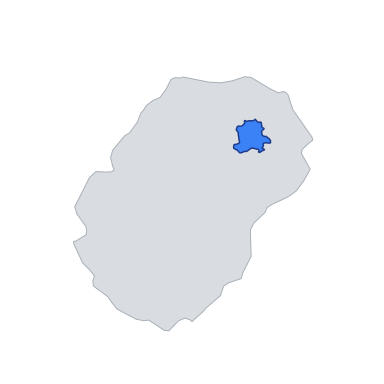 North Macedonia, with Radoviš highlighted, rotated 321°
{"feature_id": "MKD-2905", "entity_name": "Radoviš", "entity_type": "Statistical Region", "adm_level": 1, "iso_a3": "MKD", "parent_name": "North Macedonia", "parent_adm1": "", "projection": "natural_earth1", "projection_center": [22.489, 41.639], "detail": "fine", "context": "in_parent", "style": "filled", "palette": "blue", "viewbox_px": 384, "rotation_deg": 321, "n_neighbors": 0, "source": "natural_earth", "source_scale": "10m", "svg_char_len": 2818}
<svg xmlns="http://www.w3.org/2000/svg" viewBox="0 0 384 384"><g transform="rotate(321 192 192)"><path d="M174.9,106.0L180.8,106.7L193.6,103.3L201.6,98.6L205.6,97.9L211.1,96.1L218.8,96.3L226.7,98.4L236.7,95.7L246.6,91.3L250.5,92.4L254.8,96.1L257.6,97.2L274.0,117.0L282.9,125.1L293.5,131.1L305.5,135.6L309.9,139.9L317.6,161.0L321.3,169.1L326.4,171.5L327.6,173.8L327.8,176.8L322.1,191.7L319.8,225.0L318.4,227.7L312.4,227.6L304.3,228.3L301.3,230.8L298.1,248.8L285.2,253.9L273.5,256.8L263.6,256.2L246.2,251.9L240.6,251.4L235.7,253.9L220.2,255.1L213.4,258.3L197.4,279.3L181.2,286.5L175.7,290.2L163.3,285.6L157.4,285.1L148.8,290.4L130.0,291.0L124.9,291.9L110.5,292.7L109.9,289.8L107.2,285.6L100.5,283.6L86.7,285.3L83.4,282.2L77.8,264.4L73.4,261.6L68.5,255.6L60.2,236.2L60.1,227.7L60.7,220.3L56.2,203.0L59.1,198.6L63.4,195.8L63.5,188.8L62.4,178.2L67.6,157.4L69.0,155.9L70.3,156.9L82.6,158.6L85.8,155.9L87.9,151.8L88.7,136.6L91.6,129.6L121.6,116.2L130.3,115.7L137.0,121.8L142.3,125.8L145.6,125.6L146.7,121.7L150.4,114.1L156.5,109.7L174.7,106.0L174.9,106.0Z" fill="#d9dde1" stroke="#a8b0b8" stroke-width="1"/><path d="M263.6,177.4L264.0,176.6L264.8,175.8L265.3,174.7L265.5,173.4L265.5,171.6L266.5,170.8L267.8,170.0L268.4,169.7L268.5,169.7L269.5,170.0L270.2,170.5L270.9,171.3L271.4,171.7L272.3,172.1L273.5,172.0L274.7,172.0L276.1,171.7L276.7,171.2L276.9,170.5L277.2,169.9L277.6,169.8L278.0,169.8L278.4,170.1L278.6,170.8L279.0,171.5L279.6,171.9L280.5,172.2L281.3,172.6L282.1,173.3L282.7,173.9L283.9,174.8L285.2,175.3L286.1,175.3L286.9,175.5L287.0,175.5L286.9,176.5L287.0,177.8L287.4,179.6L288.2,180.2L289.0,180.6L289.5,181.2L289.4,181.9L288.9,182.6L288.0,184.2L287.3,185.0L287.3,185.9L287.5,187.0L287.9,187.9L287.6,188.2L286.4,188.4L285.1,188.4L284.4,188.6L284.0,188.9L283.2,190.4L282.7,191.2L282.4,192.1L282.4,192.9L283.0,193.8L283.9,195.1L284.7,195.5L284.9,196.4L284.9,197.4L285.3,198.1L285.5,199.0L285.5,200.0L285.4,201.3L284.8,202.2L284.3,202.8L283.9,203.1L283.3,203.0L282.2,202.0L281.3,201.1L280.2,200.1L278.5,199.2L277.9,199.2L277.4,199.4L276.9,200.7L275.9,201.4L275.1,201.6L274.5,201.6L274.1,201.9L274.1,202.4L274.4,202.7L274.6,203.3L274.9,203.9L274.9,204.6L274.5,204.8L273.9,204.6L271.9,204.0L270.5,204.0L269.5,203.8L269.0,203.3L269.0,202.6L269.6,202.4L270.1,202.0L270.3,201.4L270.3,200.6L269.9,200.0L268.9,199.0L267.9,197.4L266.5,195.9L265.6,195.2L264.0,195.1L262.0,195.0L260.7,194.9L259.9,194.8L259.0,194.1L258.1,193.3L257.2,193.1L256.5,193.1L255.4,192.6L255.1,192.5L254.1,191.9L253.6,191.0L253.6,190.0L253.6,188.6L253.4,187.5L253.0,187.0L252.4,185.4L252.0,184.4L252.3,183.6L253.3,182.6L254.1,181.9L254.8,181.8L255.6,182.3L256.2,182.7L257.1,183.0L258.3,183.4L259.4,183.5L260.3,183.3L260.8,182.4L261.1,181.6L261.9,180.1L262.8,178.8L263.4,177.8L263.6,177.4Z" fill="#3b82f6" stroke="#1e3a8a" stroke-width="1.5"/></g></svg>